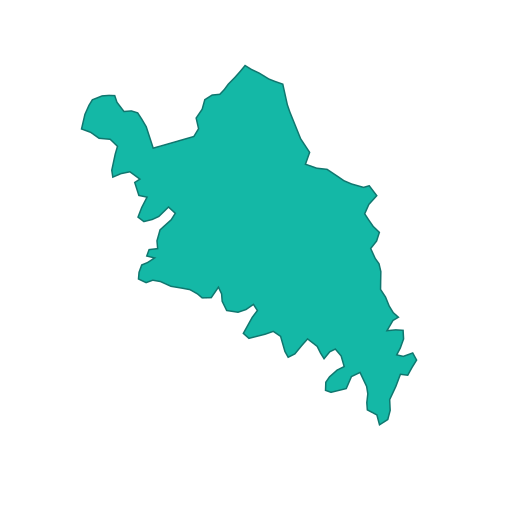 the district of Nova América da Colina, Paraná, Brazil, rotated 164°
{"feature_id": "56859067B8703286216332", "entity_name": "Nova América da Colina", "entity_type": "district", "adm_level": 2, "iso_a3": "BRA", "parent_name": "Brazil", "parent_adm1": "Paraná", "projection": "natural_earth1", "projection_center": [-50.702, -23.335], "detail": "fine", "context": "isolated", "style": "filled", "palette": "teal", "viewbox_px": 512, "rotation_deg": 164, "n_neighbors": 0, "source": "geoboundaries", "source_scale": "gbopen_adm2", "svg_char_len": 2057}
<svg xmlns="http://www.w3.org/2000/svg" viewBox="0 0 512 512"><g transform="rotate(164 256 256)"><path d="M123.3,280.7L127.8,292.3L133.7,292.3L144.3,298.9L150.7,304.1L154.9,309.2L163.8,319.7L173.5,323.7L183.2,330.6L175.9,340.8L180.8,356.4L183.8,385.2L184.2,392.8L182.9,413.8L189.7,418.6L194.9,422.6L202.5,430.9L209.1,436.7L214.0,442.1L220.1,437.9L227.0,433.5L235.3,428.8L240.5,424.8L246.2,421.4L253.8,422.8L262.1,420.4L267.3,411.9L275.5,405.1L276.1,394.2L282.8,388.0L325.1,388.0L325.9,410.5L328.1,419.0L330.3,426.2L335.8,429.8L343.1,431.3L347.3,442.1L347.6,449.1L353.1,450.9L359.8,452.3L370.2,451.3L375.0,446.9L381.4,439.3L388.7,426.2L380.8,420.4L374.4,412.4L364.0,408.4L358.9,399.6L363.2,392.8L371.0,378.2L371.9,371.3L363.2,372.4L354.0,371.7L346.4,361.9L352.3,360.1L351.9,346.5L344.5,342.6L352.5,334.1L358.7,325.9L354.3,320.0L345.7,319.7L338.5,320.8L326.6,327.2L321.8,319.3L327.5,314.2L341.0,307.6L347.0,297.9L348.5,290.2L357.0,291.6L361.0,286.1L354.0,282.1L362.0,279.6L368.3,278.9L372.9,272.6L375.3,266.3L369.0,260.7L361.9,261.2L354.9,257.8L346.1,250.3L335.8,245.4L328.8,241.9L322.7,235.7L319.3,230.6L310.5,228.3L300.7,236.4L299.5,229.1L301.0,221.8L299.2,211.7L288.8,206.9L280.4,207.3L271.8,210.2L269.7,203.2L276.5,198.1L289.5,185.1L285.5,178.8L268.8,178.3L260.2,178.8L254.5,172.0L254.5,156.3L253.0,149.8L245.6,151.2L236.9,157.2L229.3,162.1L222.1,152.3L220.7,144.8L218.9,138.5L211.5,143.6L205.4,144.7L201.7,136.5L201.7,125.4L209.4,124.0L218.6,119.6L223.7,115.4L226.2,107.7L221.5,104.3L205.8,103.7L197.5,113.8L188.1,115.4L185.6,100.1L186.5,92.7L189.9,84.5L191.4,77.4L183.6,69.9L183.8,59.7L174.4,62.5L169.6,70.6L167.1,81.1L157.6,92.0L149.8,102.5L143.0,99.6L136.7,105.9L130.3,111.7L132.1,119.6L142.1,118.9L148.0,122.2L142.7,127.7L137.0,135.6L135.1,144.0L142.1,146.5L150.7,148.1L142.1,156.3L136.0,157.9L139.7,163.7L141.8,171.3L142.8,180.8L145.5,189.5L143.0,197.8L140.3,206.6L139.9,214.6L142.1,220.8L143.7,231.6L136.0,237.1L130.9,244.7L135.2,252.1L137.8,259.8L139.9,266.6L133.3,274.5L123.3,280.7Z" fill="#14b8a6" stroke="#0f766e" stroke-width="1.5"/></g></svg>